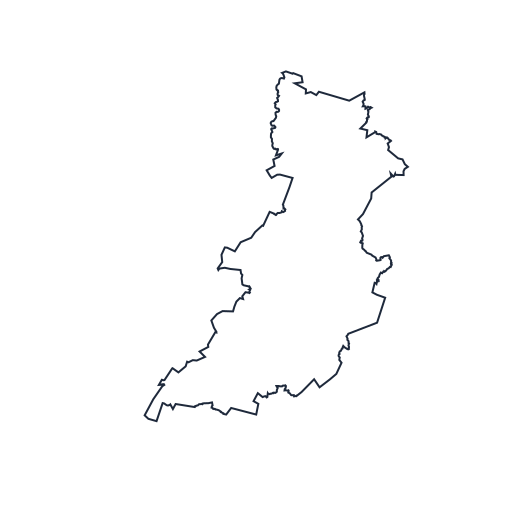 the district of El Oro, Durango, Mexico, rotated 240°
{"feature_id": "50627088B64082944124553", "entity_name": "El Oro", "entity_type": "district", "adm_level": 2, "iso_a3": "MEX", "parent_name": "Mexico", "parent_adm1": "Durango", "projection": "albers", "projection_center": [-105.231, 25.637], "detail": "fine", "context": "isolated", "style": "outline", "palette": "slate", "viewbox_px": 512, "rotation_deg": 240, "n_neighbors": 0, "source": "geoboundaries", "source_scale": "gbopen_adm2", "svg_char_len": 6150}
<svg xmlns="http://www.w3.org/2000/svg" viewBox="0 0 512 512"><g transform="rotate(240 256 256)"><path d="M155.3,347.0L162.0,341.3L166.3,338.6L173.5,345.4L172.7,346.2L171.6,346.4L173.3,347.9L174.2,348.4L173.3,348.8L173.8,349.4L173.3,349.8L174.1,350.2L175.1,349.9L175.8,350.0L176.2,350.8L176.4,352.0L178.2,353.9L179.2,355.8L178.4,356.2L178.0,356.7L178.5,357.3L178.5,358.0L178.8,358.5L178.4,358.9L178.8,359.4L178.1,359.7L178.3,361.2L179.2,363.2L179.0,364.6L179.6,366.6L179.1,367.1L179.9,368.2L180.8,368.6L180.7,368.8L181.4,368.9L181.3,369.4L182.2,369.4L182.4,370.0L183.3,369.9L184.2,370.6L185.2,370.7L187.4,370.4L187.9,370.9L188.0,371.3L190.2,371.4L191.9,366.6L191.2,364.8L192.1,364.6L192.5,363.6L192.1,362.7L190.3,362.0L190.3,361.4L191.5,358.2L192.1,357.9L192.6,358.5L194.9,358.8L198.3,356.8L199.4,356.7L203.5,353.5L205.5,353.4L206.2,352.9L207.1,352.9L209.1,352.0L209.9,352.1L212.4,353.6L213.5,354.7L213.9,354.3L214.3,354.3L215.1,353.3L215.7,353.1L216.7,354.6L216.3,355.0L216.1,355.7L216.6,356.3L218.2,356.7L219.9,358.7L223.7,359.4L224.8,359.0L226.2,361.0L227.9,361.8L228.7,362.7L230.0,362.6L230.6,363.0L233.2,363.2L234.6,363.2L236.7,362.6L238.8,369.6L248.2,384.5L253.2,387.9L257.0,412.9L260.1,413.9L256.1,414.7L256.0,415.4L257.6,417.6L256.6,417.3L252.3,424.3L255.6,426.1L257.1,428.3L257.3,432.1L261.1,430.8L266.4,431.2L269.5,427.9L281.7,423.4L283.8,425.6L287.6,426.3L288.2,430.5L288.8,430.4L290.4,429.2L291.8,429.3L292.8,428.5L293.1,428.6L293.3,428.0L293.2,427.5L293.6,427.8L294.0,427.0L294.3,427.3L294.7,426.8L295.2,426.8L295.8,426.1L296.4,426.0L297.5,425.2L298.5,425.2L300.0,423.8L300.1,423.1L301.5,421.5L303.3,422.1L304.1,421.5L303.7,421.3L303.5,411.0L309.3,415.3L314.2,410.1L316.3,418.1L316.6,418.0L316.9,418.3L317.2,419.4L318.5,420.3L318.7,420.8L319.8,420.6L320.0,421.0L319.5,421.2L320.1,422.2L319.8,422.9L320.0,423.3L320.8,423.2L321.2,423.6L322.5,423.6L324.7,425.5L325.9,425.6L326.5,426.0L326.3,427.7L326.8,429.0L326.7,430.2L327.8,429.6L327.9,428.4L329.3,427.7L328.6,425.7L328.8,424.4L330.8,425.6L331.3,425.2L332.2,423.4L332.9,424.5L334.1,425.3L336.3,425.5L337.0,427.0L336.7,428.0L337.2,428.5L341.0,429.7L341.7,430.3L342.0,431.0L343.5,431.7L343.9,414.4L366.8,392.6L365.2,388.7L370.6,385.4L371.9,380.4L375.3,382.6L386.2,375.9L383.2,383.2L388.8,385.3L395.8,379.6L395.6,378.8L400.9,374.2L401.5,370.2L400.8,370.5L399.1,370.4L396.5,369.9L395.7,368.9L397.2,367.4L397.6,366.1L397.4,365.2L396.9,364.4L393.8,362.0L393.6,360.4L393.0,358.9L391.9,357.9L390.0,357.0L389.5,357.0L389.1,357.5L388.3,357.8L387.4,357.1L386.8,357.2L386.0,356.0L385.0,355.4L384.4,355.3L383.2,356.0L382.8,355.2L382.3,353.3L380.4,353.1L379.0,352.4L379.0,351.5L379.4,350.1L378.9,348.6L377.5,348.8L376.9,348.0L375.1,347.0L373.5,347.6L372.3,349.1L371.1,349.1L370.1,348.5L369.8,347.5L370.2,346.3L370.6,345.9L370.3,344.5L368.5,343.6L366.9,343.4L365.7,342.3L364.1,338.6L364.5,337.8L364.6,336.5L364.1,335.5L363.6,335.1L361.3,334.8L360.5,335.5L359.9,336.9L358.1,337.3L357.7,337.1L357.4,336.5L357.7,335.5L358.1,334.2L358.6,333.6L358.3,332.6L355.2,332.2L354.8,330.8L354.3,330.1L352.3,328.8L351.2,328.2L349.5,328.4L347.4,327.1L345.3,326.9L343.8,325.5L343.0,325.1L340.5,325.0L339.6,325.3L339.5,326.2L338.3,326.6L338.0,327.1L338.2,327.3L338.1,327.8L337.6,327.9L337.5,328.4L337.1,328.3L333.2,323.6L331.9,329.6L330.3,325.6L330.9,319.2L324.7,317.1L324.9,308.1L318.8,308.2L315.8,308.6L315.8,315.0L314.5,317.5L305.3,326.7L298.8,319.3L287.0,304.9L286.2,305.0L283.4,303.6L283.3,304.3L281.7,304.7L281.4,304.1L280.5,303.7L280.4,301.7L281.8,300.8L281.0,300.1L281.5,297.8L282.4,296.4L282.2,295.3L281.5,294.0L281.5,293.7L282.4,293.2L283.3,293.1L283.5,292.6L284.2,292.4L287.4,289.9L278.6,277.3L279.3,276.8L277.2,267.2L274.2,261.0L275.6,249.6L270.6,240.0L277.6,235.2L279.0,233.3L274.3,226.7L267.6,223.7L264.4,216.6L262.7,216.4L263.3,217.7L263.1,218.8L261.4,223.1L257.6,227.3L251.6,235.6L248.3,234.3L246.4,234.7L243.9,232.4L238.2,230.0L236.8,230.7L233.3,234.5L233.2,235.0L232.0,235.1L231.2,233.9L231.3,234.6L230.5,235.1L229.7,234.2L229.9,233.7L229.5,233.9L228.3,232.3L227.8,232.1L227.4,232.3L227.2,231.8L227.9,231.3L229.9,228.8L228.0,224.0L225.2,223.3L227.6,221.0L226.3,216.2L223.0,212.0L219.5,208.4L225.0,199.5L225.2,193.2L222.5,185.1L214.9,183.7L210.1,183.8L209.6,183.5L210.5,182.9L203.3,170.1L201.1,169.2L201.5,159.4L194.1,161.4L195.1,152.4L197.4,149.2L197.7,144.4L198.9,143.5L195.6,139.9L194.0,130.6L200.6,127.6L200.6,127.3L194.3,114.7L194.7,113.7L195.9,112.6L192.9,107.4L192.0,109.3L192.0,110.2L191.1,112.1L190.2,112.1L190.1,109.8L183.3,95.4L173.7,79.9L168.8,81.4L162.7,87.3L175.3,101.6L174.3,102.7L171.5,104.0L170.7,104.8L170.4,105.4L170.3,106.8L170.1,106.9L170.3,107.6L165.0,107.5L168.0,112.4L155.9,127.3L156.4,127.8L156.4,128.2L156.0,128.4L156.2,129.5L155.7,131.0L156.1,132.6L155.0,134.8L155.0,135.6L154.5,135.7L154.7,136.4L154.5,137.3L152.4,141.0L151.2,144.7L148.3,143.7L148.0,142.7L146.9,141.7L146.2,142.4L145.3,142.3L144.5,143.0L144.6,143.3L144.1,144.0L143.1,144.4L142.8,145.0L141.1,146.6L138.7,147.8L138.4,147.5L136.1,149.1L135.6,148.8L133.6,150.9L136.8,158.5L118.6,176.9L126.8,184.1L131.5,181.3L136.3,189.0L130.5,191.2L130.3,193.0L129.8,194.2L128.2,194.5L128.2,195.3L131.1,197.5L130.6,197.5L130.5,198.0L129.5,198.8L129.5,199.7L129.0,200.6L129.0,202.4L128.4,202.7L128.6,203.4L127.8,204.3L127.9,204.6L127.8,205.5L128.1,206.2L129.6,207.1L130.8,208.8L131.3,209.1L132.2,208.6L133.2,208.7L132.0,210.8L131.0,211.7L130.6,212.7L130.1,213.2L130.3,214.7L129.6,215.5L129.4,216.7L128.4,216.9L127.0,215.8L126.3,214.3L125.3,213.5L124.7,214.9L123.7,215.9L123.5,216.9L122.9,216.9L121.6,215.7L120.2,216.6L118.0,216.9L117.5,217.4L116.6,219.2L115.4,218.8L114.8,220.5L114.8,221.2L114.5,221.2L115.4,227.4L120.2,244.7L110.5,245.4L112.2,258.3L113.7,266.6L120.8,276.7L124.4,276.2L126.3,277.8L127.7,277.5L128.8,277.9L129.3,278.7L129.4,279.4L130.4,279.5L131.5,280.8L131.5,282.3L132.6,283.6L132.6,284.7L133.4,285.1L134.5,286.6L132.8,287.0L129.6,288.6L128.9,289.5L129.0,290.0L130.0,290.2L130.2,290.7L130.8,291.1L132.4,291.4L133.6,292.8L134.4,292.6L135.1,293.2L136.5,293.6L137.5,293.2L138.2,293.5L138.7,294.0L141.2,294.2L141.8,296.0L142.5,297.0L137.7,327.5L155.3,347.0Z" fill="none" stroke="#1e293b" stroke-width="2"/></g></svg>